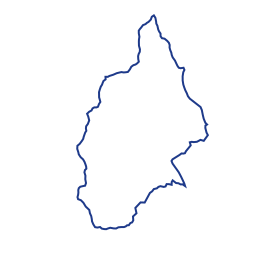 Guaíba, Rio Grande do Sul, Brazil (Equal Earth projection), rotated 330°
{"feature_id": "56859067B97108440127391", "entity_name": "Guaíba", "entity_type": "district", "adm_level": 2, "iso_a3": "BRA", "parent_name": "Brazil", "parent_adm1": "Rio Grande do Sul", "projection": "equal_earth", "projection_center": [-51.43, -30.165], "detail": "fine", "context": "isolated", "style": "outline", "palette": "blue", "viewbox_px": 256, "rotation_deg": 330, "n_neighbors": 0, "source": "geoboundaries", "source_scale": "gbopen_adm2", "svg_char_len": 2564}
<svg xmlns="http://www.w3.org/2000/svg" viewBox="0 0 256 256"><g transform="rotate(330 128 128)"><path d="M193.6,174.1L193.7,171.3L195.0,166.6L196.3,164.6L198.2,164.5L197.6,162.2L198.2,157.8L199.3,154.1L200.9,149.4L201.3,146.1L196.2,133.5L195.8,130.4L196.3,127.3L196.5,123.9L197.0,121.0L197.6,118.1L199.1,114.2L201.2,110.5L203.8,107.3L205.9,105.9L206.2,103.6L203.4,102.5L202.1,101.2L201.9,98.8L202.1,96.3L202.4,93.1L202.0,89.2L202.4,86.6L203.2,84.3L203.5,81.8L204.2,79.2L205.6,76.9L206.0,74.6L205.5,72.1L204.3,68.9L202.3,67.2L202.1,64.8L203.4,62.4L203.2,60.1L203.4,57.9L204.6,54.1L204.7,51.8L205.6,49.8L206.8,46.3L206.7,43.4L204.2,43.6L202.0,45.5L198.8,46.4L196.9,46.4L195.1,46.8L192.4,46.4L189.6,47.6L187.6,48.3L186.0,49.1L184.7,51.4L183.5,54.7L181.7,56.9L180.5,58.8L178.6,62.3L177.7,65.8L176.3,67.9L174.3,69.2L172.7,70.8L171.3,73.5L170.5,76.0L168.3,76.6L166.3,76.8L164.1,76.3L161.5,76.6L158.9,78.2L155.9,79.4L153.9,78.6L152.0,77.7L150.3,76.3L148.4,75.7L145.6,74.9L141.9,74.5L137.8,73.6L136.1,73.6L134.1,72.4L132.9,74.7L130.3,75.0L128.7,76.2L127.2,77.5L125.1,78.6L122.9,80.5L120.8,82.5L119.6,84.7L118.3,87.0L117.8,89.1L117.1,91.6L114.9,92.7L112.6,94.6L111.0,94.4L109.1,93.3L107.1,93.3L105.1,94.6L102.5,94.5L99.7,95.2L99.3,98.2L98.2,102.0L95.3,104.4L92.6,105.6L91.3,107.4L90.5,109.6L88.7,110.5L86.7,112.2L85.1,113.6L83.8,115.0L81.9,116.0L80.3,116.7L78.2,117.6L75.3,118.1L73.6,120.7L72.9,124.0L72.2,126.2L72.4,129.6L73.4,132.7L73.4,135.5L73.0,138.1L72.5,140.4L71.6,142.4L69.7,142.9L68.1,144.6L67.3,148.0L65.4,151.0L64.1,154.7L62.0,156.5L59.6,155.7L57.3,155.0L55.3,155.5L53.9,156.9L52.7,159.2L51.4,160.9L49.7,162.6L49.2,164.7L51.1,167.0L52.0,170.4L52.1,174.9L53.5,179.6L52.4,182.8L52.1,185.9L51.1,188.8L50.2,190.8L49.8,194.0L49.9,197.4L51.7,198.9L54.3,199.8L55.0,202.0L56.8,203.6L58.5,204.7L60.5,205.0L62.7,205.5L65.4,207.8L67.5,209.1L70.0,209.2L72.8,210.5L75.0,211.8L76.8,212.1L78.6,211.8L80.1,212.6L82.5,211.5L84.4,211.8L86.4,210.6L88.1,207.1L92.7,206.1L94.4,200.9L101.6,198.7L105.2,200.9L114.5,195.2L117.3,194.9L119.8,193.8L122.9,194.7L124.9,194.2L127.0,194.6L129.5,196.9L131.3,197.4L133.4,195.9L135.4,197.1L137.4,199.0L138.8,196.7L140.5,195.7L142.1,199.7L144.1,201.1L145.3,203.1L147.1,204.1L148.4,206.8L149.0,204.1L149.3,200.7L149.6,196.9L149.8,191.8L149.5,188.3L149.2,185.4L148.8,181.1L149.2,178.3L150.9,177.4L159.1,177.1L161.6,176.8L163.1,177.8L164.7,178.3L166.5,177.1L173.6,174.4L174.4,171.3L176.2,171.8L177.9,173.1L180.8,174.4L183.1,174.5L184.8,174.5L187.2,177.0L189.6,175.9L191.2,175.2L193.6,174.1Z" fill="none" stroke="#1e3a8a" stroke-width="2"/></g></svg>